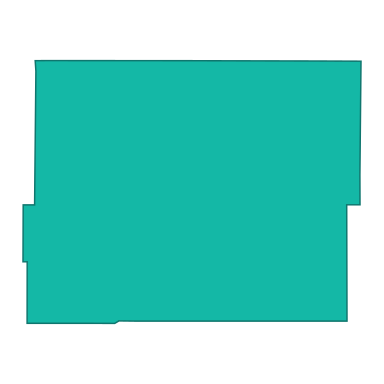 outline of Powder River, Montana, United States of America
{"feature_id": "52423323B99413017913661", "entity_name": "Powder River", "entity_type": "district", "adm_level": 2, "iso_a3": "USA", "parent_name": "United States of America", "parent_adm1": "Montana", "projection": "natural_earth1", "projection_center": [-105.736, 45.391], "detail": "fine", "context": "isolated", "style": "filled", "palette": "teal", "viewbox_px": 384, "rotation_deg": 0, "n_neighbors": 0, "source": "geoboundaries", "source_scale": "gbopen_adm2", "svg_char_len": 391}
<svg xmlns="http://www.w3.org/2000/svg" viewBox="0 0 384 384"><path d="M46.4,60.6L35.2,60.7L35.9,71.2L34.6,204.9L23.2,204.9L23.0,261.8L27.2,261.8L27.1,323.3L89.5,323.3L114.7,323.4L118.3,321.3L118.6,320.9L135.6,321.1L260.1,321.1L337.0,321.1L347.0,321.1L346.7,204.8L360.0,204.8L359.9,174.9L361.0,61.2L315.7,61.0L185.0,60.7L46.4,60.6Z" fill="#14b8a6" stroke="#0f766e" stroke-width="1.5"/></svg>